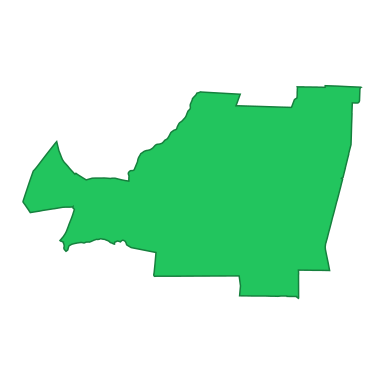 Mereni, Constanta, Romania
{"feature_id": "2599482B33933506260417", "entity_name": "Mereni", "entity_type": "district", "adm_level": 2, "iso_a3": "ROU", "parent_name": "Romania", "parent_adm1": "Constanta", "projection": "robinson", "projection_center": [28.322, 44.014], "detail": "fine", "context": "isolated", "style": "filled", "palette": "green", "viewbox_px": 384, "rotation_deg": 0, "n_neighbors": 0, "source": "geoboundaries", "source_scale": "gbopen_adm2", "svg_char_len": 5305}
<svg xmlns="http://www.w3.org/2000/svg" viewBox="0 0 384 384"><path d="M23.0,201.8L23.2,202.1L23.2,202.3L25.1,204.9L26.8,207.4L28.8,210.3L29.4,211.3L30.3,212.6L32.5,212.2L36.9,211.5L39.5,211.1L42.9,210.4L46.2,209.9L53.2,208.8L54.3,208.7L62.5,207.3L63.8,207.2L65.9,207.1L67.9,207.1L69.8,207.1L72.0,207.0L72.6,207.0L72.9,206.7L73.0,206.6L73.0,207.6L73.0,208.0L73.4,208.4L74.4,209.3L74.3,209.7L73.5,212.2L72.6,215.1L71.4,218.4L69.6,222.9L68.9,224.7L68.2,226.7L66.7,230.6L66.3,231.6L65.2,233.7L64.1,235.4L63.4,236.5L62.8,237.2L60.8,239.6L60.0,240.6L60.3,240.8L60.3,240.7L61.6,241.3L62.9,242.0L63.4,242.1L63.3,242.7L63.6,243.6L63.9,244.2L64.1,245.3L64.2,245.9L64.1,246.9L63.9,247.6L63.9,248.2L64.0,248.8L64.4,249.6L65.2,250.4L65.6,250.9L66.0,251.3L67.0,250.6L67.8,249.9L68.2,248.2L68.8,246.3L69.2,245.7L71.2,244.6L72.0,244.2L74.3,243.6L77.7,242.9L78.6,242.8L79.9,242.6L81.3,242.5L81.3,242.4L82.3,242.6L83.5,242.9L84.4,242.9L86.2,242.1L89.0,242.0L89.5,242.1L91.3,241.4L93.9,240.2L96.0,239.5L96.7,239.3L97.8,239.5L99.4,239.2L99.8,239.0L100.7,238.7L101.9,239.0L103.0,239.2L104.8,239.4L106.0,240.0L107.9,240.7L109.0,241.3L109.7,242.0L110.4,242.6L111.8,243.0L113.5,243.9L114.5,244.1L114.6,242.3L115.8,241.8L117.5,241.0L119.0,241.4L120.4,241.9L121.6,240.7L122.7,240.2L123.7,240.4L124.9,241.1L125.6,242.0L126.0,242.8L126.4,244.0L126.6,244.7L127.0,245.1L131.2,247.6L131.3,247.6L134.8,248.3L139.4,249.2L156.0,252.5L155.0,264.0L154.1,272.8L153.8,274.4L153.8,274.9L153.9,275.6L154.2,276.0L154.5,276.3L155.1,276.3L156.5,276.2L158.6,276.2L173.6,276.2L188.7,276.1L189.3,276.1L239.0,275.9L239.2,276.3L240.5,285.9L239.6,295.8L249.0,295.9L252.7,296.0L255.6,296.0L259.2,296.0L262.9,296.0L265.8,296.0L271.6,296.2L274.4,296.2L277.9,296.3L280.8,296.0L283.4,296.0L286.8,296.0L287.0,296.4L296.5,296.5L296.9,297.2L298.4,298.3L298.6,298.0L298.5,274.3L298.6,274.2L298.6,273.6L298.5,271.0L298.4,270.1L298.5,270.1L309.9,270.2L312.6,270.3L319.6,270.3L329.6,270.5L328.1,262.6L327.7,260.7L326.2,253.5L325.4,249.4L325.2,247.0L325.6,243.7L325.8,243.2L325.9,242.4L326.1,242.3L326.4,241.0L327.2,238.3L328.8,231.9L329.9,227.9L331.5,221.7L332.5,217.6L333.5,214.1L334.9,208.7L336.8,201.3L337.1,200.5L337.7,198.2L338.7,194.4L339.3,192.0L340.4,187.9L341.4,183.8L342.6,179.2L341.5,178.3L343.0,177.5L344.4,171.8L345.3,168.3L345.2,168.2L345.3,167.9L346.7,162.3L347.7,158.2L348.7,154.4L348.7,153.6L349.6,150.0L351.0,144.7L351.3,135.7L351.6,124.6L351.8,119.3L352.0,113.4L351.9,113.0L352.3,102.9L356.5,103.0L357.0,103.0L357.5,103.0L358.0,102.9L358.4,102.6L358.9,102.2L359.0,102.0L359.3,101.4L359.5,100.8L359.9,89.5L360.0,88.8L360.2,88.1L360.4,87.8L360.8,87.4L361.0,87.3L360.8,87.2L349.2,86.7L337.2,86.1L325.2,85.7L325.1,87.3L324.9,87.3L323.9,87.3L323.0,87.3L321.7,87.2L320.9,87.2L319.8,87.2L318.3,87.2L317.3,87.1L316.1,87.1L314.4,87.1L313.4,87.1L312.3,87.1L311.0,87.0L309.9,87.0L308.8,87.0L307.8,87.0L307.0,87.0L305.0,87.0L303.8,86.9L302.2,86.9L300.6,86.9L299.2,86.9L298.2,86.9L297.2,86.8L297.4,87.9L297.4,88.5L297.3,89.2L297.3,90.1L297.3,90.8L297.2,92.0L297.2,92.9L297.2,93.8L297.2,94.7L297.2,95.2L297.1,95.9L297.1,96.6L297.0,97.5L297.0,97.8L296.3,98.4L294.8,99.3L294.3,99.9L293.0,103.4L291.5,107.3L291.3,107.4L280.0,107.1L258.8,106.4L258.7,106.4L238.4,105.8L236.4,105.8L236.0,105.8L240.2,94.2L239.4,94.2L218.2,93.0L207.6,92.4L202.4,92.1L200.3,91.9L199.7,92.3L197.8,92.9L196.9,93.1L196.6,93.7L196.1,94.7L195.7,95.1L195.4,95.5L194.0,96.9L192.5,98.6L192.4,98.9L192.2,100.0L191.3,102.1L191.2,102.3L190.5,103.9L190.3,104.5L190.2,105.3L190.2,106.0L190.3,106.7L190.4,107.6L190.3,108.3L190.0,109.0L188.0,111.1L186.8,114.0L186.3,115.5L185.4,117.2L185.0,117.7L184.3,118.6L183.7,119.1L183.1,119.8L182.6,120.5L181.9,121.1L181.0,121.8L180.1,122.4L179.5,122.9L178.9,123.7L178.3,124.8L177.3,126.8L176.9,128.1L176.8,128.5L176.4,129.2L175.8,129.6L173.8,130.3L171.5,132.0L170.9,132.5L169.0,136.2L167.7,138.3L166.9,139.1L165.5,139.9L164.9,140.2L164.6,140.4L164.1,141.1L163.6,141.8L162.8,142.5L162.1,143.2L161.5,143.4L161.0,143.6L160.5,143.8L159.3,144.1L157.3,144.3L156.5,144.5L155.4,145.2L154.8,145.8L152.9,147.9L152.1,148.5L151.2,149.1L150.7,149.4L149.7,149.9L149.2,150.0L147.5,150.4L146.5,150.5L144.7,151.1L143.9,151.5L143.2,152.0L142.6,152.5L142.0,152.9L141.2,153.4L140.8,153.7L140.6,154.0L140.3,154.6L140.0,155.2L139.4,156.2L138.8,157.2L138.7,157.3L138.0,159.2L137.7,160.5L137.5,161.8L134.2,169.7L133.6,170.3L132.5,170.6L132.3,170.6L130.9,170.6L130.1,170.9L129.1,171.8L128.5,172.6L128.3,173.3L128.3,173.8L128.4,174.2L128.6,174.8L128.7,175.1L128.9,175.4L129.0,175.9L129.0,176.4L128.9,177.5L128.8,181.1L125.4,180.6L121.4,179.8L118.5,179.1L115.5,178.3L114.7,178.2L114.2,178.2L112.7,178.2L111.4,178.3L110.9,178.4L110.6,178.5L107.1,178.2L104.0,178.0L101.0,178.1L100.4,178.1L100.1,178.1L94.9,178.1L92.2,178.2L86.2,179.9L82.8,177.8L77.7,174.6L75.9,173.3L75.1,174.0L74.9,174.2L71.1,170.1L70.4,169.3L69.4,168.2L67.9,166.3L66.2,164.4L64.5,162.6L64.0,162.0L63.0,160.5L62.4,159.5L61.8,158.1L61.1,156.4L60.5,154.7L59.6,152.5L58.8,150.4L58.7,149.9L58.2,147.8L57.7,145.8L56.7,141.6L55.6,142.8L54.8,143.8L52.1,147.2L46.3,154.6L42.4,159.7L38.6,164.7L37.3,166.4L36.4,167.5L36.1,167.9L35.0,169.2L34.6,169.7L34.2,170.1L33.5,170.8L33.3,171.0L33.1,171.6L32.9,172.1L30.3,179.5L28.7,184.2L26.4,191.1L24.8,195.9L23.2,200.8L23.0,201.8Z" fill="#22c55e" stroke="#15803d" stroke-width="1.5"/></svg>